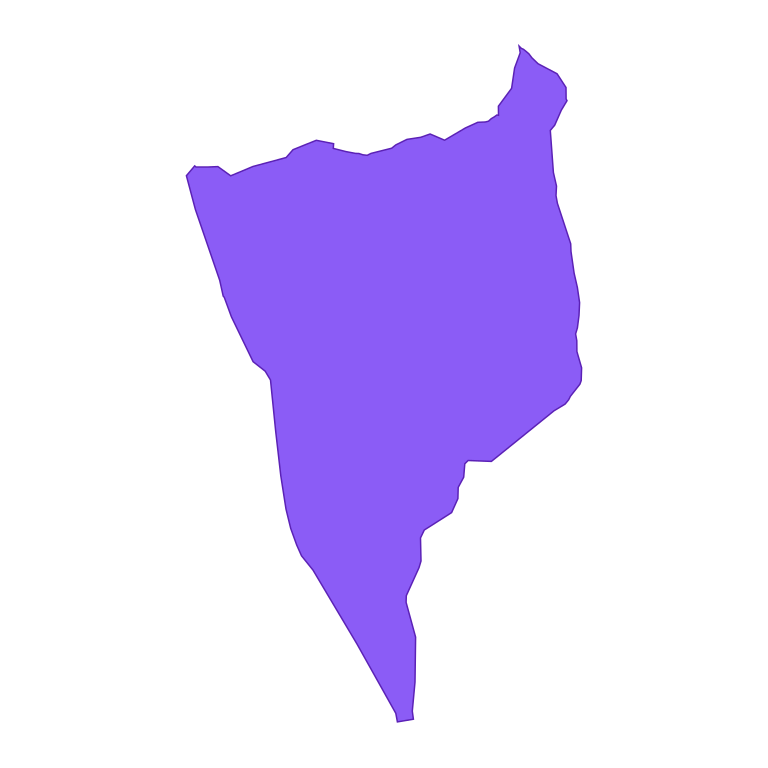 outline of Santo Domingo Albarradas, Oaxaca, Mexico
{"feature_id": "50627088B23410005526234", "entity_name": "Santo Domingo Albarradas", "entity_type": "district", "adm_level": 2, "iso_a3": "MEX", "parent_name": "Mexico", "parent_adm1": "Oaxaca", "projection": "natural_earth1", "projection_center": [-96.205, 17.064], "detail": "fine", "context": "isolated", "style": "filled", "palette": "violet", "viewbox_px": 768, "rotation_deg": 0, "n_neighbors": 0, "source": "geoboundaries", "source_scale": "gbopen_adm2", "svg_char_len": 1439}
<svg xmlns="http://www.w3.org/2000/svg" viewBox="0 0 768 768"><path d="M519.1,46.1L520.2,52.8L514.6,68.0L511.6,88.3L498.4,106.2L498.5,115.3L496.9,115.0L494.4,116.8L491.2,118.7L488.5,121.2L485.2,122.0L477.8,122.3L465.3,128.0L444.6,140.2L430.1,134.0L420.7,137.3L406.9,139.4L395.8,144.9L391.7,148.2L371.0,153.4L367.2,155.3L362.9,154.8L358.9,153.5L355.5,153.4L346.0,151.6L333.3,148.4L333.6,143.7L316.3,140.3L306.3,144.3L293.0,149.7L286.2,157.5L252.9,166.5L230.7,175.8L217.9,166.6L208.3,167.0L196.0,167.0L194.7,165.9L186.4,175.7L195.4,209.5L219.7,280.3L223.2,296.1L224.3,297.4L231.4,316.8L253.1,361.7L265.2,371.2L270.5,380.0L275.7,431.4L280.8,475.8L286.0,509.1L290.7,528.4L296.7,545.0L301.5,555.8L313.0,570.1L357.1,644.2L385.9,695.6L386.3,696.4L386.4,696.5L395.8,713.3L397.4,721.9L413.4,719.2L412.3,711.1L415.0,682.1L415.6,637.1L406.1,602.4L406.3,595.7L419.0,567.7L421.0,561.0L420.5,537.9L424.3,530.0L451.6,512.6L457.9,498.6L458.2,487.4L463.7,477.2L464.8,463.8L468.1,460.5L491.4,461.4L554.0,410.8L565.2,404.0L568.7,399.7L570.4,396.3L579.9,384.2L581.2,380.6L581.6,367.8L576.9,351.5L576.8,340.7L575.6,333.9L577.4,327.9L579.0,315.5L579.6,302.6L577.4,287.6L574.1,273.1L571.0,251.5L570.7,243.8L557.4,203.3L556.0,195.6L556.5,186.1L553.4,172.5L550.3,130.4L554.7,125.2L561.3,110.2L567.0,100.7L566.1,98.9L566.0,87.5L557.1,73.8L538.0,63.7L531.8,57.7L528.8,53.7L523.5,49.3L521.4,48.4L519.1,46.1Z" fill="#8b5cf6" stroke="#5b21b6" stroke-width="1.5"/></svg>